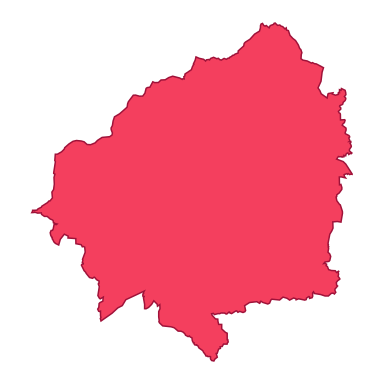 the district of Acatic, Jalisco, Mexico
{"feature_id": "50627088B27776159649356", "entity_name": "Acatic", "entity_type": "district", "adm_level": 2, "iso_a3": "MEX", "parent_name": "Mexico", "parent_adm1": "Jalisco", "projection": "natural_earth1", "projection_center": [-102.897, 20.769], "detail": "fine", "context": "isolated", "style": "filled", "palette": "rose", "viewbox_px": 384, "rotation_deg": 0, "n_neighbors": 0, "source": "geoboundaries", "source_scale": "gbopen_adm2", "svg_char_len": 5915}
<svg xmlns="http://www.w3.org/2000/svg" viewBox="0 0 384 384"><path d="M213.9,361.0L214.9,359.1L217.3,357.2L216.2,353.5L217.2,353.3L218.6,349.1L220.4,348.4L220.1,346.8L222.2,346.5L223.5,344.1L227.1,344.1L227.5,342.7L228.2,342.0L227.8,339.7L227.2,339.7L227.2,333.2L225.5,332.4L221.7,328.9L221.7,324.4L218.7,324.4L217.9,321.1L217.8,319.1L215.4,318.9L212.1,315.2L211.6,313.7L213.4,313.4L214.4,314.6L218.0,313.6L219.6,313.7L221.2,313.0L224.8,313.1L225.8,313.9L226.8,314.0L229.1,312.0L229.8,312.3L229.9,313.0L231.6,313.6L235.6,311.1L236.7,310.9L237.9,312.3L239.8,311.4L243.0,312.5L244.9,311.7L245.6,310.5L244.6,305.7L249.6,302.5L256.8,301.7L259.6,303.3L260.1,302.8L260.3,301.5L260.9,301.2L262.7,302.4L267.8,304.0L269.6,303.1L270.9,300.0L271.8,299.2L279.6,300.0L283.0,297.1L287.1,298.3L289.6,300.1L293.6,298.0L295.9,298.7L296.1,299.8L298.6,298.8L304.8,300.1L306.2,299.6L306.5,298.1L308.9,296.5L309.5,296.8L309.6,298.4L312.1,297.7L312.7,296.3L312.6,292.9L313.5,291.8L314.4,293.5L320.6,294.5L325.1,296.0L328.4,296.0L331.2,293.4L333.1,293.1L334.4,294.0L335.8,292.3L334.9,290.4L335.0,289.1L337.6,286.0L336.7,285.2L336.3,282.5L337.7,280.7L339.8,279.2L339.8,278.7L338.1,276.3L338.6,274.1L338.1,272.6L339.0,270.9L336.6,272.5L335.2,270.7L331.4,270.5L328.6,269.6L327.4,266.5L326.1,265.7L326.6,264.2L325.0,263.3L323.8,263.5L325.0,262.0L328.9,261.4L329.8,260.4L330.7,256.4L329.7,253.9L328.0,252.2L328.6,248.4L328.2,247.0L328.7,246.7L328.0,245.0L328.4,244.6L328.0,243.5L329.8,234.2L331.8,230.9L333.0,228.1L332.8,221.9L337.3,221.5L341.0,222.1L342.5,213.2L342.4,211.4L340.3,204.9L339.5,204.4L336.8,200.7L336.1,197.0L336.7,196.6L336.8,194.8L339.3,192.9L341.8,189.4L341.9,187.7L340.9,184.4L339.5,184.8L339.3,177.0L341.2,176.9L345.5,177.9L344.4,176.4L344.1,174.6L346.9,173.6L347.5,174.3L348.3,173.6L349.7,174.6L351.0,174.1L352.1,174.4L352.2,174.1L345.8,164.1L343.2,161.6L336.6,159.1L338.4,156.5L339.6,156.8L342.0,156.6L342.1,157.1L344.0,156.7L343.8,155.4L345.7,155.8L346.0,154.2L347.2,153.1L348.0,153.0L348.8,154.5L350.0,153.5L351.3,153.7L351.9,153.0L349.4,150.9L349.5,149.3L351.3,146.7L351.1,145.3L350.0,143.3L350.8,142.6L350.8,141.5L349.4,141.5L350.0,141.1L348.8,138.0L349.6,137.2L349.6,136.4L348.9,135.5L345.4,133.7L345.1,133.0L346.1,130.0L346.0,128.1L342.2,125.2L342.9,123.9L344.4,122.6L345.1,120.2L344.6,119.7L340.5,119.9L340.4,114.3L340.1,113.4L339.1,112.9L338.4,111.4L340.8,109.1L340.7,107.7L339.6,106.6L339.7,105.7L342.6,104.4L343.3,102.2L345.0,100.7L345.6,99.5L345.8,98.2L344.4,96.6L345.9,94.7L345.7,92.5L345.1,90.3L341.4,88.5L341.0,90.3L339.5,89.7L339.5,92.7L338.6,92.5L338.2,93.0L338.4,94.4L335.5,95.2L332.3,94.0L332.9,92.8L328.5,93.5L328.0,93.9L327.1,98.0L321.2,93.8L319.9,90.7L318.0,87.9L321.0,81.3L322.1,72.2L323.5,67.7L316.3,63.9L314.5,63.7L312.5,62.6L311.5,63.1L307.3,61.0L302.8,60.1L301.0,58.7L301.3,54.5L301.9,52.7L300.8,49.5L299.7,48.5L298.3,44.9L295.5,40.5L292.8,38.4L290.0,35.4L288.4,30.6L286.6,30.1L286.2,27.9L285.0,28.9L282.7,26.6L281.2,26.2L279.8,25.0L277.6,25.4L275.1,23.0L274.0,23.4L273.7,24.3L270.2,25.6L269.1,27.8L266.2,25.5L265.2,26.1L263.9,25.6L262.5,23.4L261.1,24.0L260.5,25.5L260.4,28.0L259.5,31.1L254.6,34.1L249.9,39.3L245.4,42.1L244.2,43.4L243.7,46.0L238.2,50.9L238.1,53.0L235.1,54.1L233.7,55.2L232.4,55.4L231.6,56.4L229.8,57.2L229.1,58.2L228.2,58.1L226.3,59.3L224.1,58.4L221.3,60.1L219.7,59.6L218.4,58.3L216.7,58.7L213.6,57.3L210.7,58.4L209.6,59.9L209.0,59.5L206.5,59.8L205.6,61.0L203.6,59.3L199.2,58.3L196.0,56.9L195.2,60.1L193.4,64.0L193.8,64.3L192.5,66.5L191.4,69.7L185.0,74.0L184.8,76.0L183.8,76.7L184.2,78.9L182.7,78.8L182.2,79.4L179.7,78.0L172.7,76.2L168.7,77.6L165.2,79.8L161.0,80.0L158.4,82.5L154.7,82.6L152.8,81.8L149.9,87.2L147.2,87.6L146.1,88.4L144.9,93.2L142.7,96.1L139.5,96.2L135.6,95.1L133.3,95.2L128.4,101.7L127.6,103.8L127.2,106.9L126.3,107.9L119.6,113.8L114.5,116.8L113.1,121.0L112.4,125.6L111.1,128.0L111.2,129.7L112.4,132.9L112.1,134.9L109.7,136.7L102.1,137.4L97.5,140.4L95.1,142.9L90.6,144.7L87.1,144.5L84.1,141.8L81.3,141.0L76.5,140.5L73.0,141.3L69.0,143.9L64.7,147.7L64.2,149.2L61.6,151.8L57.4,154.2L55.3,154.2L54.8,160.6L55.4,161.6L53.7,172.8L53.7,173.5L54.9,174.1L54.0,177.5L54.3,184.2L53.6,189.5L51.9,192.1L52.4,198.0L50.0,200.9L48.9,201.0L47.5,202.6L41.8,206.2L41.4,207.2L38.1,208.8L36.8,210.2L32.6,210.3L32.6,211.1L31.8,212.6L34.1,212.5L34.4,212.1L37.6,213.1L41.3,212.9L41.6,214.4L44.4,216.4L47.2,216.4L50.2,219.0L52.3,219.9L53.1,220.5L53.4,222.7L54.1,222.8L54.1,223.3L57.1,224.0L56.4,224.6L54.1,224.3L53.2,228.9L52.5,230.3L51.1,230.5L50.2,232.7L50.7,235.2L51.6,237.1L52.2,237.3L52.2,238.9L52.6,239.2L53.9,241.9L55.4,243.4L58.7,245.0L60.3,239.3L64.3,234.2L68.2,236.1L68.0,238.0L75.8,238.6L75.9,243.7L81.2,244.7L82.3,246.8L83.3,246.5L84.7,247.1L85.2,252.2L82.5,259.4L82.9,260.2L82.3,262.5L83.3,263.3L83.1,264.1L81.9,264.3L81.4,265.1L84.1,270.7L85.7,272.3L86.1,273.3L89.5,277.5L92.5,278.3L94.1,277.2L94.6,277.3L96.6,279.7L99.1,281.1L99.0,283.2L98.5,283.3L98.3,284.0L99.3,286.6L97.9,295.6L99.3,298.1L100.2,298.9L103.3,297.1L102.8,301.2L100.1,302.5L99.1,303.5L98.8,307.3L97.7,309.1L98.6,311.2L99.6,311.6L100.5,311.2L100.5,315.7L100.9,317.5L100.3,318.4L101.0,321.0L112.1,313.2L117.8,307.9L122.3,305.6L125.8,299.7L144.2,291.1L143.5,292.4L143.7,293.2L142.8,294.1L143.1,294.8L142.8,295.3L143.0,296.5L144.1,296.5L143.5,298.0L144.6,304.3L144.6,308.7L146.0,308.8L148.6,307.4L151.6,304.4L153.8,300.8L157.2,304.2L157.5,306.2L159.8,304.6L160.0,308.7L158.7,311.6L158.7,316.9L159.2,320.4L158.9,321.7L159.5,322.9L162.7,325.9L171.1,326.8L174.3,327.8L178.1,331.1L181.1,331.2L183.4,332.3L185.3,334.4L185.5,335.2L188.1,336.6L189.4,336.0L190.2,337.0L191.9,337.8L192.3,340.7L193.4,342.9L194.0,342.8L194.2,344.1L194.8,344.9L196.3,345.1L196.6,344.2L196.7,345.3L197.9,345.8L198.9,347.9L202.8,350.7L203.5,352.2L205.4,354.7L205.7,355.6L206.1,356.1L207.2,356.0L207.8,356.6L210.1,356.5L210.6,356.9L210.4,358.2L210.6,359.1L211.6,360.5L213.9,361.0Z" fill="#f43f5e" stroke="#9f1239" stroke-width="1.5"/></svg>